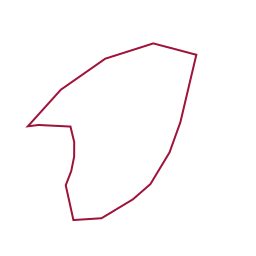 map outline of Saint-Pierre (Equal Earth projection), rotated 157°
{"feature_id": "SPM-4866", "entity_name": "Saint-Pierre", "entity_type": "Commune", "adm_level": 1, "iso_a3": "SPM", "parent_name": "Saint Pierre and Miquelon", "parent_adm1": "", "projection": "equal_earth", "projection_center": [-56.176, 46.782], "detail": "fine", "context": "isolated", "style": "outline", "palette": "rose", "viewbox_px": 256, "rotation_deg": 157, "n_neighbors": 0, "source": "natural_earth", "source_scale": "10m", "svg_char_len": 371}
<svg xmlns="http://www.w3.org/2000/svg" viewBox="0 0 256 256"><g transform="rotate(157 128 128)"><path d="M207.7,99.6L197.1,110.5L188.8,122.6L183.0,136.1L180.4,151.8L209.1,165.7L219.5,168.7L174.9,189.5L121.8,200.7L71.7,196.0L36.5,168.7L77.5,112.9L99.3,89.3L129.3,67.6L151.5,60.4L187.7,55.3L214.2,64.6L207.7,99.6Z" fill="none" stroke="#9f1239" stroke-width="2"/></g></svg>